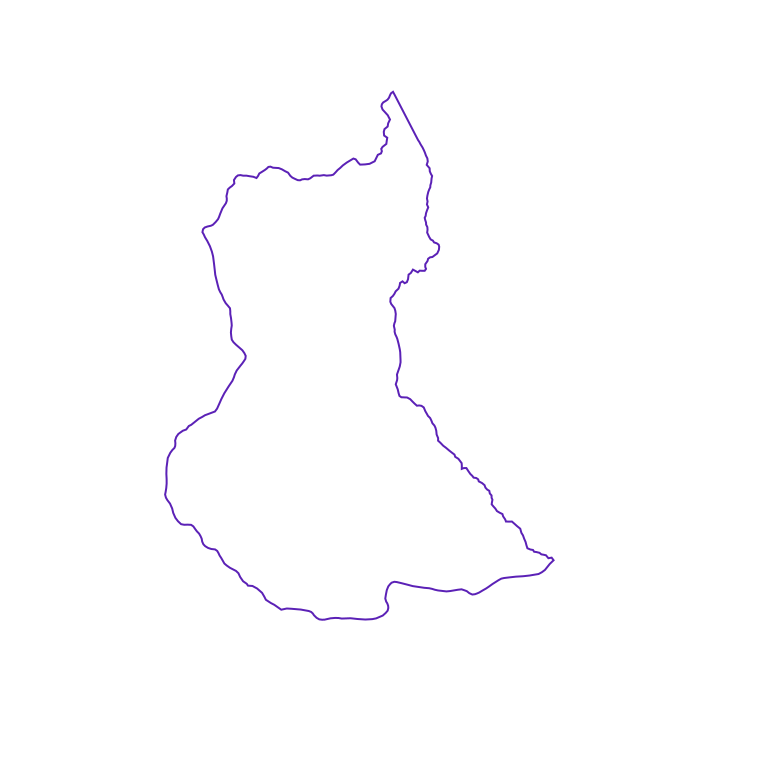 Carlinda, Mato Grosso, Brazil (Albers equal-area conic projection), rotated 125°
{"feature_id": "56859067B90935717597858", "entity_name": "Carlinda", "entity_type": "district", "adm_level": 2, "iso_a3": "BRA", "parent_name": "Brazil", "parent_adm1": "Mato Grosso", "projection": "albers", "projection_center": [-55.88, -10.063], "detail": "fine", "context": "isolated", "style": "outline", "palette": "violet", "viewbox_px": 768, "rotation_deg": 125, "n_neighbors": 0, "source": "geoboundaries", "source_scale": "gbopen_adm2", "svg_char_len": 5758}
<svg xmlns="http://www.w3.org/2000/svg" viewBox="0 0 768 768"><g transform="rotate(125 384 384)"><path d="M265.9,583.8L266.4,587.0L266.7,590.7L267.5,594.1L270.5,599.0L271.1,601.7L272.5,603.2L274.7,603.6L276.9,604.3L279.6,605.4L283.1,606.9L285.8,606.5L288.4,606.6L289.2,609.9L290.8,613.1L292.3,616.3L294.1,618.8L295.2,621.4L296.9,623.3L299.3,624.0L303.0,623.9L305.6,621.6L309.0,622.1L311.6,623.0L314.2,623.5L317.0,622.2L320.5,620.8L322.2,619.2L324.1,617.9L326.6,617.2L332.8,617.1L338.6,615.8L341.9,614.9L344.2,614.5L347.9,614.8L351.8,615.5L353.7,616.6L356.2,618.9L358.6,620.6L361.0,621.0L363.8,619.8L364.9,617.4L366.4,614.9L368.2,610.8L371.0,605.6L374.3,600.9L377.5,597.2L383.0,592.2L388.2,587.6L391.3,584.9L393.8,582.1L398.0,577.3L401.1,573.6L402.7,570.8L403.8,568.2L405.5,565.7L406.8,563.9L408.6,560.0L409.4,556.8L410.3,553.6L412.5,551.7L414.9,550.0L417.9,547.0L421.4,543.9L423.5,542.2L426.4,540.8L429.7,538.9L432.6,536.4L435.0,534.1L436.1,531.3L436.7,527.8L437.1,524.0L437.6,519.4L438.8,516.1L440.3,513.4L442.9,512.0L445.9,511.9L448.5,511.9L451.3,512.1L457.4,512.4L461.7,511.7L464.5,510.8L468.3,510.0L474.8,509.9L483.1,509.5L489.6,508.6L494.1,507.7L499.9,506.6L503.5,506.7L506.4,508.7L510.5,511.5L512.2,512.7L515.2,514.0L518.7,515.8L528.0,518.5L530.4,519.8L534.7,519.9L537.7,522.0L542.8,523.8L546.5,523.8L550.1,522.7L552.2,520.9L554.5,519.5L556.6,519.0L559.4,519.5L562.9,519.6L568.6,518.7L572.2,516.8L577.2,514.2L582.5,510.7L586.6,507.5L590.3,504.9L594.1,502.7L597.8,500.9L600.1,499.9L602.2,497.4L603.4,494.8L604.7,490.7L607.5,486.1L610.5,482.7L613.3,478.1L614.6,474.0L615.2,469.8L613.9,466.9L611.8,464.1L610.0,461.2L610.0,458.5L611.2,455.2L612.0,452.8L612.6,449.7L613.8,447.1L615.3,444.6L617.4,442.5L618.9,440.0L619.4,437.5L619.2,434.1L618.2,430.8L616.4,427.5L616.4,424.9L617.5,422.5L618.8,420.3L619.9,417.5L622.6,411.8L622.9,408.8L622.9,404.7L622.0,398.0L622.5,394.7L624.6,391.1L626.4,386.3L626.4,381.8L627.2,379.8L624.9,375.9L624.3,370.7L625.0,364.1L626.8,360.2L628.5,357.0L628.3,351.0L627.8,347.2L627.8,338.7L623.7,334.9L621.4,331.2L616.5,322.8L613.1,315.4L612.5,312.9L612.8,310.7L613.6,308.7L614.2,305.1L613.9,302.0L612.6,299.5L611.1,297.5L606.6,293.4L603.6,289.8L601.7,286.9L600.4,284.1L595.1,277.1L591.7,270.9L587.7,264.3L585.6,261.6L583.3,258.7L580.5,256.0L574.4,252.2L570.6,251.3L567.6,251.0L565.0,252.0L563.3,253.4L561.8,255.5L561.0,257.4L559.0,259.9L555.3,261.7L551.2,263.5L547.3,264.4L544.5,264.2L542.4,263.8L540.1,262.1L538.9,259.9L537.1,255.4L534.5,248.5L533.1,244.6L530.2,238.8L527.9,234.2L525.4,229.9L524.2,227.0L523.4,224.4L522.1,221.3L518.1,213.9L515.8,211.2L510.1,205.4L507.7,202.7L506.9,200.0L506.2,197.4L506.4,194.1L505.8,190.9L504.0,188.9L502.3,187.7L500.2,186.4L496.8,184.9L493.0,183.1L489.9,181.9L485.6,180.4L479.1,177.7L476.2,176.3L474.1,174.4L470.6,170.5L466.2,165.5L461.6,159.7L457.3,154.8L455.4,152.9L451.0,148.4L447.6,146.7L444.0,145.5L436.3,145.0L431.1,144.0L430.1,147.1L432.4,149.4L431.4,153.1L432.3,155.3L433.3,157.4L433.1,159.8L434.3,162.9L435.3,164.8L434.5,166.8L435.6,169.1L436.3,172.3L434.5,174.7L432.2,177.4L430.3,180.5L428.3,183.3L427.1,186.1L424.4,189.4L424.1,193.5L423.7,196.7L423.3,200.3L425.1,202.8L426.7,205.2L425.4,207.1L424.1,210.5L422.6,212.4L423.1,215.5L423.3,218.6L422.2,221.3L421.5,224.3L420.8,226.8L418.8,227.8L416.6,228.8L415.5,230.6L413.6,232.0L413.0,234.5L411.1,236.5L411.3,238.9L410.7,241.5L409.2,243.6L408.9,246.9L409.4,250.5L408.1,252.2L408.1,254.5L409.3,256.9L408.6,259.0L408.2,261.6L407.0,264.9L405.6,268.3L407.2,270.5L408.9,271.6L406.4,273.3L404.3,275.0L403.5,277.4L402.6,280.2L402.8,283.9L401.4,285.8L401.3,288.8L401.1,292.4L400.7,296.7L400.6,300.1L399.8,304.1L399.4,307.2L397.3,308.6L395.2,311.9L392.3,314.4L390.3,316.8L389.1,318.9L388.4,321.8L386.8,324.2L385.4,326.7L384.9,329.7L383.9,331.7L382.6,334.5L380.4,338.0L380.4,340.8L381.4,342.9L382.9,344.6L382.5,347.9L382.0,350.8L381.4,353.8L381.8,357.3L384.9,362.2L384.9,364.5L383.2,366.7L380.5,369.7L377.5,374.2L373.3,375.5L371.5,376.5L368.8,378.8L360.7,381.1L356.7,382.9L354.5,384.5L348.6,389.0L346.5,391.0L342.8,395.0L339.4,399.0L338.2,400.8L336.8,403.3L335.1,405.3L333.3,406.4L330.7,409.3L328.3,410.3L326.2,410.8L319.9,414.5L317.5,416.8L315.8,419.0L314.3,424.0L313.0,426.0L309.8,427.9L306.8,427.2L304.1,427.2L301.4,427.6L297.6,426.8L294.5,427.6L292.0,428.8L289.3,427.7L289.6,424.9L287.5,423.7L284.4,424.4L280.3,426.6L277.7,425.7L273.7,425.9L273.1,420.3L270.7,419.8L269.4,417.7L267.9,415.6L265.6,415.6L264.5,417.3L262.2,418.9L258.3,418.9L256.1,419.7L253.8,418.9L252.2,417.2L246.5,415.3L242.6,416.0L239.9,417.5L238.5,419.2L238.5,421.6L239.3,424.2L238.5,426.2L238.8,428.7L237.6,431.4L235.2,435.5L232.7,436.8L230.6,438.5L229.3,440.9L227.6,442.2L226.1,444.2L224.5,446.0L222.4,446.3L220.1,447.5L217.0,448.4L213.9,449.1L212.3,451.8L209.5,453.0L207.4,455.2L204.8,456.5L201.3,457.9L198.5,458.6L196.4,458.9L194.6,460.0L191.9,460.9L188.4,462.9L186.0,463.9L185.0,466.1L183.5,468.5L181.1,470.4L180.0,474.7L176.6,475.8L174.3,477.9L172.8,480.7L171.0,483.2L169.7,485.3L168.2,488.0L166.7,491.5L165.4,494.0L164.7,495.9L162.1,500.9L141.2,540.8L139.5,544.2L141.9,545.0L144.0,544.7L146.6,544.1L149.1,544.2L151.0,544.9L153.9,546.2L156.1,546.2L158.1,545.3L160.0,542.6L161.7,535.0L162.7,533.2L163.9,530.8L168.1,530.1L171.0,528.7L174.9,529.8L177.6,528.8L180.4,526.4L180.4,522.6L183.3,521.2L186.0,519.8L190.6,521.2L193.0,521.1L194.5,519.3L196.8,518.7L199.8,520.5L206.9,519.4L211.9,522.1L215.0,525.5L218.0,529.4L217.5,532.1L216.2,536.1L216.9,538.4L223.9,541.5L228.6,543.1L232.1,543.8L235.3,544.7L238.6,545.1L241.6,545.6L243.3,547.0L246.2,550.5L247.4,553.1L250.3,556.2L251.3,558.0L253.7,561.1L257.8,562.4L259.9,563.6L261.6,566.5L263.4,568.5L265.2,569.5L266.5,571.6L267.0,574.4L267.5,577.5L267.2,580.2L265.9,583.8Z" fill="none" stroke="#5b21b6" stroke-width="2"/></g></svg>